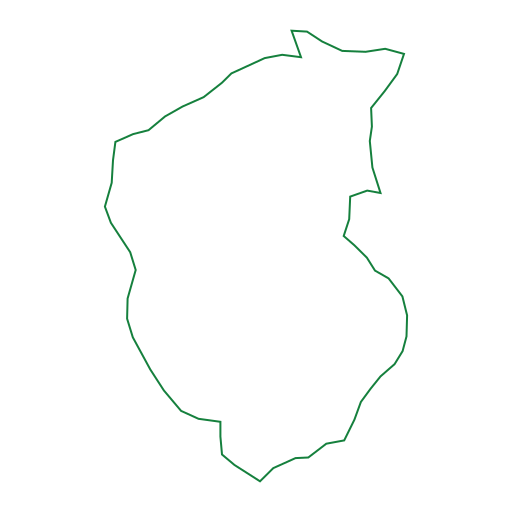 Vitória Brasil, São Paulo, Brazil (Robinson projection)
{"feature_id": "56859067B68345580713406", "entity_name": "Vitória Brasil", "entity_type": "district", "adm_level": 2, "iso_a3": "BRA", "parent_name": "Brazil", "parent_adm1": "São Paulo", "projection": "robinson", "projection_center": [-50.482, -20.199], "detail": "fine", "context": "isolated", "style": "outline", "palette": "green", "viewbox_px": 512, "rotation_deg": 0, "n_neighbors": 0, "source": "geoboundaries", "source_scale": "gbopen_adm2", "svg_char_len": 904}
<svg xmlns="http://www.w3.org/2000/svg" viewBox="0 0 512 512"><path d="M115.4,141.9L113.0,160.3L111.7,182.8L104.9,206.6L110.9,222.8L130.2,252.2L135.7,270.0L127.6,298.5L127.1,318.7L132.8,337.3L150.3,369.5L163.9,390.5L181.1,410.9L198.5,418.8L220.4,421.8L220.4,436.5L222.0,454.5L234.5,465.0L260.0,481.3L273.3,468.1L295.5,458.1L308.3,457.5L326.3,443.7L344.2,440.4L354.4,419.7L360.9,401.9L370.6,388.7L380.5,376.4L394.6,364.1L402.6,351.1L406.5,336.4L407.1,315.4L402.4,296.4L388.6,278.4L375.0,270.6L366.9,257.7L354.4,245.3L343.7,236.0L349.2,219.2L350.2,196.6L367.2,190.6L380.5,193.0L372.4,167.5L369.8,141.0L371.9,126.6L371.1,108.0L384.7,91.1L397.2,74.0L404.0,53.9L385.2,48.8L365.6,51.8L342.2,50.9L322.1,41.5L307.0,31.6L291.6,30.7L301.0,57.2L282.2,54.8L264.7,58.1L231.4,73.4L222.0,82.7L203.7,97.1L182.6,106.5L165.1,116.4L148.5,130.2L133.1,134.1L115.4,141.9Z" fill="none" stroke="#15803d" stroke-width="2"/></svg>